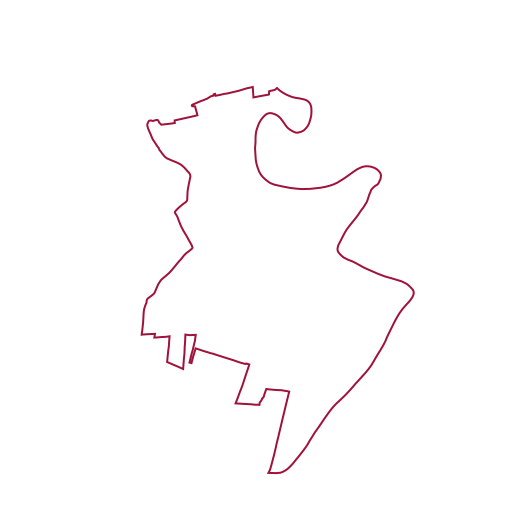 the district of Yen Khanh, Ninh Bình, Vietnam, rotated 44°
{"feature_id": "81297802B59755992581592", "entity_name": "Yen Khanh", "entity_type": "district", "adm_level": 2, "iso_a3": "VNM", "parent_name": "Vietnam", "parent_adm1": "Ninh Bình", "projection": "natural_earth1", "projection_center": [106.072, 20.189], "detail": "fine", "context": "isolated", "style": "outline", "palette": "rose", "viewbox_px": 512, "rotation_deg": 44, "n_neighbors": 0, "source": "geoboundaries", "source_scale": "gbopen_adm2", "svg_char_len": 6126}
<svg xmlns="http://www.w3.org/2000/svg" viewBox="0 0 512 512"><g transform="rotate(44 256 256)"><path d="M87.5,237.9L89.5,239.1L92.1,240.2L94.2,241.1L96.3,241.9L98.0,242.7L100.4,243.7L102.4,244.2L103.9,244.5L106.1,245.0L108.9,245.7L111.0,245.9L112.7,246.7L115.6,247.1L116.8,247.4L120.3,247.8L121.3,247.9L123.5,247.7L124.5,247.5L126.0,246.9L129.8,245.5L132.9,244.2L135.1,243.4L136.8,242.9L138.8,242.4L140.2,242.3L143.1,242.2L147.0,242.5L150.3,242.7L151.1,242.9L151.9,243.2L152.7,243.7L153.2,244.0L154.0,245.0L155.3,247.1L157.0,249.8L159.0,252.9L161.6,256.7L163.5,258.9L166.7,262.5L167.2,262.9L167.6,263.6L167.8,264.1L168.0,264.8L168.0,265.3L168.0,266.1L167.5,268.9L167.0,273.3L166.8,276.7L166.8,278.0L166.9,280.0L167.0,280.4L167.3,280.9L167.6,281.2L167.9,281.3L169.8,281.7L170.8,282.0L171.9,282.3L173.5,283.0L175.9,284.2L179.7,285.9L181.9,286.8L184.3,287.6L186.0,288.2L188.2,288.8L191.0,289.5L193.9,290.4L201.8,292.8L202.9,293.2L203.8,293.7L204.4,294.0L204.6,294.3L204.7,294.6L204.8,295.1L204.8,295.7L204.5,298.3L204.1,301.3L203.9,301.9L203.9,302.5L203.8,304.7L203.9,306.7L204.3,310.3L204.4,314.6L204.8,319.1L205.1,323.2L205.2,324.7L205.3,328.4L205.2,329.6L205.1,331.3L204.5,337.3L204.4,338.1L204.4,338.8L204.6,340.8L205.2,343.7L205.5,344.9L206.0,346.1L208.1,351.7L208.6,352.9L208.7,353.3L208.7,353.8L208.7,354.3L208.5,356.5L207.7,361.7L207.8,362.7L208.1,363.6L208.4,364.1L209.2,365.1L209.7,365.7L209.8,366.0L209.9,366.4L210.8,368.6L211.7,370.5L212.4,371.8L213.2,373.0L214.0,374.1L215.9,376.4L218.7,379.6L220.7,381.9L225.3,387.8L228.4,392.0L229.6,390.6L231.1,388.9L237.4,382.2L239.6,385.3L242.1,382.5L243.2,381.2L244.1,380.2L247.6,376.4L249.6,373.8L253.3,378.3L254.6,379.8L256.2,381.7L258.8,385.3L265.7,394.0L270.8,392.1L277.3,389.6L282.1,387.9L280.0,385.4L276.1,380.7L272.4,376.0L268.1,371.2L264.1,366.4L259.8,361.6L261.8,360.1L263.2,359.1L267.4,354.6L270.8,359.2L275.8,367.6L277.8,371.4L282.2,378.9L284.0,377.9L280.8,372.2L276.8,364.4L280.6,362.5L281.3,362.2L286.2,359.8L289.2,358.2L291.2,357.3L292.1,356.6L299.5,353.0L308.7,348.4L312.5,346.5L317.1,344.4L319.5,343.2L323.4,341.0L323.6,340.8L323.8,340.5L323.7,340.1L326.5,338.7L327.6,340.8L331.4,348.8L335.4,357.0L337.3,361.2L338.9,365.1L341.4,370.7L343.7,376.2L349.1,371.6L355.8,365.8L357.7,364.4L359.0,363.3L360.7,361.7L361.9,360.7L360.6,359.0L360.5,358.6L360.2,356.3L359.9,355.2L359.4,354.2L359.5,352.3L357.8,349.0L355.8,344.5L358.5,342.5L362.1,339.6L365.3,336.9L366.6,335.7L367.5,334.9L370.3,333.0L372.1,331.7L374.1,330.5L379.7,340.2L384.3,348.0L388.7,355.5L397.5,370.3L401.5,377.2L403.1,379.7L407.2,386.6L412.8,396.6L414.5,399.9L415.1,401.6L415.6,403.4L417.6,401.6L421.6,397.9L423.3,395.9L424.0,395.1L424.6,394.0L425.5,391.9L426.2,389.3L426.4,388.6L426.7,386.2L426.8,383.3L426.7,379.3L426.3,375.4L426.1,372.1L425.6,367.3L425.1,362.5L424.5,358.3L423.9,355.2L422.9,351.5L422.2,348.0L420.9,342.0L420.1,336.5L419.2,331.1L418.2,325.7L417.4,320.3L416.7,315.1L416.3,310.1L416.3,306.2L416.5,303.3L416.9,293.6L416.8,288.4L416.6,283.4L416.3,278.5L416.2,274.1L415.9,264.7L415.5,259.2L415.1,256.2L414.7,253.9L413.7,249.6L413.1,247.3L411.8,241.7L410.6,236.1L409.4,231.3L408.2,227.3L407.1,224.6L406.6,223.2L405.1,218.8L401.7,208.2L400.2,202.9L399.1,198.3L398.7,195.8L398.2,192.5L398.1,190.3L397.9,186.6L397.9,183.7L397.7,180.8L397.6,179.8L397.0,176.6L396.7,175.9L396.4,175.2L396.1,174.5L395.7,173.7L395.0,172.9L394.0,172.1L393.4,171.8L392.7,171.5L391.7,171.3L390.8,171.2L387.5,171.1L385.1,171.2L383.4,171.5L381.7,172.0L378.5,173.0L369.7,177.5L363.4,180.9L361.2,181.9L355.3,184.4L351.2,185.9L345.0,188.2L341.2,189.5L331.3,192.2L329.4,192.8L324.4,194.9L322.3,195.5L320.3,196.1L318.6,196.3L315.6,196.4L313.3,196.2L312.4,196.0L310.9,195.3L310.1,194.7L309.3,193.8L308.0,191.6L307.6,190.7L307.3,189.7L306.3,186.3L303.8,178.1L303.3,176.0L302.9,174.2L302.7,173.1L302.2,168.7L301.2,157.7L300.7,154.4L300.1,151.3L299.4,145.9L298.4,141.3L298.1,140.0L296.8,137.1L294.8,133.1L293.8,130.4L293.2,129.1L292.9,128.3L292.8,126.7L292.8,125.2L293.0,122.8L293.7,120.4L293.6,118.7L292.0,114.0L290.7,112.2L289.7,111.0L288.1,110.1L286.4,109.7L284.4,109.6L282.4,109.7L279.8,110.4L277.0,111.7L274.8,113.2L272.6,115.2L270.7,117.9L269.6,120.5L268.7,122.8L268.1,125.3L267.5,128.2L266.8,132.1L265.8,137.6L265.1,140.6L263.6,146.6L262.1,150.5L260.1,154.4L257.9,158.0L254.9,162.2L250.9,167.0L248.3,170.1L242.6,175.9L238.4,179.4L233.4,183.2L226.6,187.7L223.1,189.8L219.7,191.9L215.9,193.5L214.3,193.9L210.0,194.4L206.4,194.5L203.8,194.2L201.5,193.7L199.4,193.0L195.8,191.3L192.3,189.3L189.2,187.1L185.4,183.7L180.4,179.1L176.7,174.6L172.9,170.6L171.0,168.2L169.7,166.4L168.9,165.0L167.1,161.2L165.9,158.3L165.4,156.2L164.9,154.0L164.7,150.6L164.7,149.1L164.8,147.7L165.1,146.4L165.5,145.3L166.4,144.0L167.1,143.2L167.9,142.6L168.8,142.0L171.4,140.8L173.8,140.1L175.9,139.9L178.0,139.9L182.5,140.6L185.2,141.2L187.4,141.6L189.4,141.8L191.5,141.7L194.6,141.1L196.7,140.5L199.1,139.5L200.0,138.6L200.8,137.6L201.3,136.7L201.7,136.1L202.1,135.4L202.5,134.4L203.0,132.9L203.2,131.8L203.2,130.9L203.2,129.6L203.1,128.5L202.9,126.7L202.6,125.3L202.4,124.7L201.6,122.8L199.8,119.3L198.3,116.9L197.6,115.9L195.0,113.0L192.4,110.6L190.0,109.2L187.7,108.6L185.1,108.7L182.4,109.6L179.9,111.1L177.3,112.8L174.8,114.6L171.8,116.4L168.3,117.9L165.2,119.0L161.6,119.9L158.2,120.5L154.4,120.6L154.3,121.9L154.3,122.8L154.0,123.6L153.7,124.3L153.1,125.0L151.0,128.3L153.1,130.8L153.1,131.0L150.6,134.4L147.3,139.0L144.0,143.7L142.7,142.5L140.7,140.7L137.3,137.6L136.3,136.7L133.2,141.3L132.2,143.0L128.5,149.7L126.7,152.4L125.9,153.7L122.4,159.1L120.5,161.5L118.2,165.1L115.7,168.7L113.9,167.8L113.2,169.2L114.1,170.1L112.7,172.2L111.6,176.6L111.0,178.0L109.8,180.7L109.2,181.9L107.3,186.1L105.9,189.7L105.3,190.9L105.1,191.8L105.2,192.2L105.7,192.5L106.1,192.5L108.2,190.7L114.6,194.5L116.1,195.5L112.7,200.8L103.3,215.0L105.2,216.8L102.3,220.5L96.7,227.3L94.0,227.3L93.0,227.0L92.0,226.6L91.0,226.5L90.6,226.6L90.1,227.1L89.7,227.6L89.2,228.4L88.8,229.1L88.5,229.8L88.0,230.5L87.3,231.0L86.7,231.2L85.7,232.1L85.2,233.1L85.2,233.8L85.6,235.0L86.0,236.1L86.5,237.0L87.5,237.9Z" fill="none" stroke="#9f1239" stroke-width="2"/></g></svg>